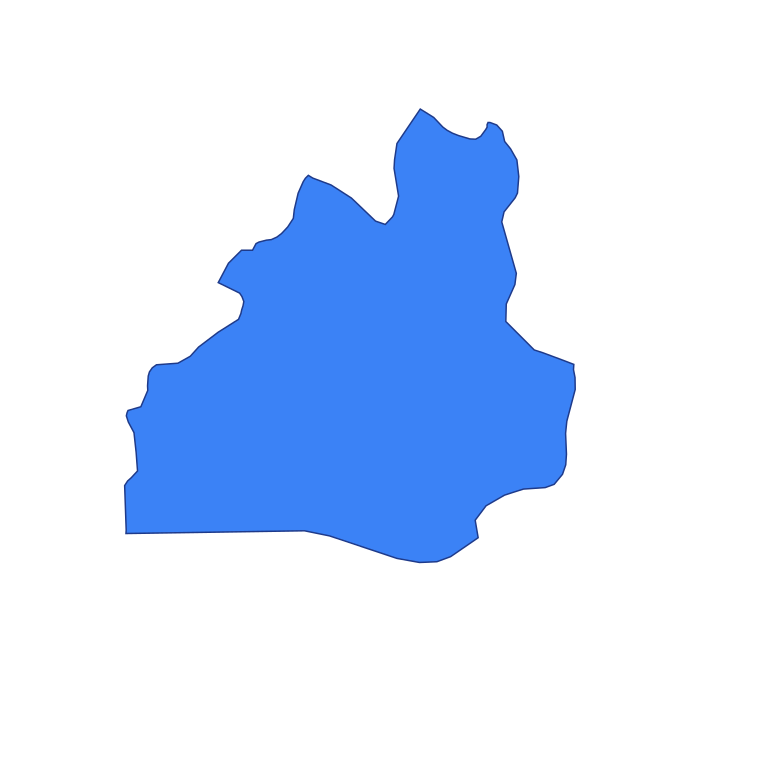 an SVG outline of Copán, rotated 217°
{"feature_id": "HND-651", "entity_name": "Copán", "entity_type": "Department", "adm_level": 1, "iso_a3": "HND", "parent_name": "Honduras", "parent_adm1": "", "projection": "orthographic", "projection_center": [-88.847, 14.9], "detail": "fine", "context": "isolated", "style": "filled", "palette": "blue", "viewbox_px": 768, "rotation_deg": 217, "n_neighbors": 0, "source": "natural_earth", "source_scale": "10m", "svg_char_len": 1551}
<svg xmlns="http://www.w3.org/2000/svg" viewBox="0 0 768 768"><g transform="rotate(217 384 384)"><path d="M244.0,266.3L248.3,262.8L268.7,252.5L336.1,229.9L359.2,218.9L443.0,153.7L500.1,109.3L502.0,112.2L530.0,146.8L530.4,152.3L529.5,156.7L528.5,166.2L540.7,180.1L554.4,194.7L565.2,199.7L570.6,203.5L571.9,206.4L572.5,208.8L564.5,219.5L568.8,236.7L571.7,240.2L577.1,248.5L578.6,252.5L578.8,257.5L577.3,262.4L561.1,276.6L555.4,289.6L554.3,302.0L547.6,325.6L539.1,348.1L540.7,354.2L542.2,357.4L543.7,361.7L545.6,365.5L550.0,368.3L554.0,369.7L577.4,365.2L580.9,386.9L578.3,405.1L569.5,411.7L570.7,419.1L569.3,422.1L564.5,428.1L560.9,431.5L558.0,436.8L556.4,442.4L555.4,451.5L556.1,461.7L560.6,469.3L567.4,484.7L570.3,497.1L570.6,501.0L570.0,505.1L564.8,505.6L546.0,511.1L522.0,512.9L488.8,509.0L479.0,512.2L477.8,522.5L478.2,525.3L485.4,542.8L505.7,562.2L510.5,569.4L518.4,583.9L520.5,625.4L504.7,626.8L491.7,624.6L486.4,624.6L480.3,625.5L473.9,627.3L462.9,631.4L458.1,634.7L455.8,640.1L455.9,648.3L456.2,651.1L457.8,653.2L458.3,655.5L456.6,656.7L449.8,658.7L441.6,657.1L433.6,650.3L424.5,648.0L412.7,642.9L401.2,630.8L392.3,616.8L391.3,611.7L391.7,593.7L387.5,584.3L344.9,552.0L339.3,542.2L334.5,521.5L324.3,507.2L284.5,501.6L275.8,504.6L254.3,511.0L244.2,513.9L241.3,509.5L235.3,504.1L228.0,494.7L215.6,464.3L209.3,453.9L196.0,437.7L190.2,428.8L187.1,419.3L187.7,406.3L192.9,398.3L209.4,384.0L215.8,375.0L220.9,367.7L229.2,348.2L229.2,330.1L216.3,317.9L226.9,286.2L234.8,273.9L244.0,266.3Z" fill="#3b82f6" stroke="#1e3a8a" stroke-width="1.5"/></g></svg>